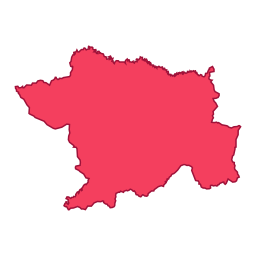 Ango, Orientale, Democratic Republic of the Congo
{"feature_id": "63176286B24678106401017", "entity_name": "Ango", "entity_type": "district", "adm_level": 2, "iso_a3": "COD", "parent_name": "Democratic Republic of the Congo", "parent_adm1": "Orientale", "projection": "orthographic", "projection_center": [26.048, 4.445], "detail": "fine", "context": "isolated", "style": "filled", "palette": "rose", "viewbox_px": 256, "rotation_deg": 0, "n_neighbors": 0, "source": "geoboundaries", "source_scale": "gbopen_adm2", "svg_char_len": 5695}
<svg xmlns="http://www.w3.org/2000/svg" viewBox="0 0 256 256"><path d="M212.5,66.5L209.4,68.1L209.2,68.7L209.5,69.2L208.6,69.9L207.4,72.8L206.9,73.4L205.6,73.4L205.1,75.8L204.0,76.8L202.6,76.4L201.9,75.9L201.7,75.0L200.5,74.6L199.6,75.6L198.4,75.5L198.1,74.7L197.2,74.3L197.1,73.5L196.3,73.2L196.8,72.7L196.6,72.3L195.2,72.3L195.3,70.9L193.7,71.3L193.4,70.8L191.9,71.6L191.3,71.1L190.9,71.8L190.0,70.9L189.9,71.7L188.8,72.1L188.3,72.2L188.1,71.4L187.5,71.4L187.4,72.5L186.5,73.1L185.2,73.2L184.8,72.4L184.0,72.1L183.7,72.7L182.8,72.8L183.3,73.8L182.9,74.3L182.3,73.9L182.3,72.9L181.7,72.8L182.1,72.1L180.6,72.7L180.1,73.4L179.5,72.6L179.0,73.1L178.3,72.8L178.2,74.3L177.3,74.3L176.7,73.2L176.1,74.2L176.5,74.7L175.3,75.8L175.4,73.9L174.7,74.0L174.1,76.0L173.1,75.4L172.6,76.0L171.7,75.0L170.7,75.8L170.3,75.3L170.4,74.5L169.9,74.7L169.2,74.3L168.6,74.7L167.9,74.1L167.7,73.5L168.5,73.1L168.2,71.5L166.6,71.9L166.7,69.9L165.2,70.0L165.1,69.2L164.1,69.1L164.3,68.3L163.6,68.3L163.1,69.3L162.3,68.3L162.3,67.0L160.2,67.4L158.9,66.3L158.1,67.0L156.9,66.9L156.8,68.0L155.8,66.5L155.3,67.5L154.7,67.6L154.0,65.8L153.0,66.3L153.2,65.1L150.5,64.9L151.0,63.7L150.5,62.6L149.8,62.8L149.5,63.9L148.6,62.6L149.0,61.7L147.8,61.8L147.6,63.0L146.6,61.7L147.4,61.2L146.5,59.2L145.8,59.5L145.0,60.9L144.5,60.7L145.1,60.1L144.7,58.8L143.1,59.9L142.3,59.7L142.4,57.4L141.2,57.4L140.3,56.9L140.1,58.0L138.6,59.8L137.4,59.1L136.5,59.1L136.3,59.5L137.2,60.2L137.1,61.7L135.1,61.3L134.4,63.0L133.2,62.3L133.1,61.3L131.8,62.2L129.4,61.7L129.3,60.0L128.6,59.8L127.8,60.7L127.2,59.0L125.6,60.4L125.1,62.1L125.4,63.2L124.2,62.0L119.4,62.0L118.4,60.8L116.5,60.7L115.3,61.4L114.3,63.6L113.3,62.5L113.0,60.9L112.0,61.1L112.9,58.4L110.3,59.2L111.3,57.8L110.5,56.1L108.6,56.9L109.9,57.3L109.7,58.0L108.7,58.8L106.8,59.2L106.0,56.8L104.3,56.6L103.3,54.0L100.8,53.3L100.3,52.7L99.1,53.2L99.3,51.9L99.0,51.3L97.8,51.4L97.1,52.3L97.3,53.5L96.5,53.4L95.9,51.9L94.0,51.8L95.0,50.8L96.0,50.5L95.8,49.6L93.6,49.8L92.8,49.0L92.8,47.7L92.3,47.2L90.0,47.1L88.8,46.3L88.3,47.1L89.6,48.7L89.3,49.0L87.7,49.1L86.2,49.9L85.0,48.2L84.1,48.0L83.2,49.6L81.8,49.5L80.6,50.2L79.1,51.9L77.9,51.9L76.9,50.0L76.1,51.8L73.8,52.4L73.9,53.3L75.0,53.0L75.2,53.7L74.4,54.8L72.9,54.9L71.7,57.2L71.0,61.5L69.8,62.8L70.7,66.2L71.5,66.7L72.5,66.4L72.7,66.8L72.3,69.9L70.5,72.7L70.5,75.3L69.5,76.6L63.4,77.6L62.0,78.5L59.4,78.3L58.8,79.3L57.8,79.5L56.4,78.4L56.1,77.4L55.3,77.3L54.7,78.8L53.5,80.0L51.5,80.8L49.6,85.2L46.0,82.7L43.9,82.5L42.8,80.7L40.5,80.3L37.9,80.9L36.2,83.1L32.5,83.1L31.4,85.2L26.6,85.0L23.9,87.8L22.9,87.7L22.6,86.4L21.1,87.6L19.0,87.9L17.8,86.3L15.4,86.6L15.6,88.5L16.5,89.5L16.5,91.1L18.6,92.3L18.4,93.3L19.6,94.6L20.8,97.4L23.8,99.2L27.0,104.9L29.4,107.6L29.0,113.4L29.7,114.0L33.8,116.0L35.2,117.5L44.1,121.2L47.0,124.6L53.3,128.3L55.3,128.9L61.8,127.2L66.8,124.1L69.5,124.5L69.2,129.7L69.8,133.0L68.7,136.1L68.4,139.8L69.6,142.3L73.6,145.4L74.1,146.2L73.5,147.1L76.1,147.3L77.0,148.6L77.5,156.7L80.1,160.1L80.4,162.2L80.1,165.3L76.0,166.1L75.4,167.1L75.6,168.8L78.9,170.4L79.9,171.5L83.7,174.0L86.0,177.9L89.0,178.5L88.1,180.2L88.1,182.2L86.1,184.6L85.3,184.1L83.7,185.3L82.6,187.4L81.5,188.6L82.0,189.2L82.1,190.2L81.5,190.6L80.8,189.5L80.3,189.4L79.4,190.4L79.3,192.0L78.7,193.2L78.1,191.8L77.3,192.1L75.7,194.5L75.9,195.4L75.1,196.7L73.7,196.4L73.2,197.4L71.7,197.4L70.8,198.4L68.6,197.0L67.0,196.9L66.1,198.6L68.2,199.5L68.1,201.5L68.8,203.0L68.1,204.3L67.1,203.5L66.5,201.9L66.0,201.9L66.0,202.7L65.0,203.4L64.0,205.7L65.4,206.7L66.6,206.6L68.4,209.7L69.1,209.7L70.6,208.2L73.4,208.0L77.6,206.5L80.1,207.6L81.4,209.0L83.1,208.9L85.4,209.6L87.7,206.1L91.4,206.1L94.1,202.9L97.4,201.5L100.8,201.7L102.8,200.9L103.6,201.3L103.6,202.5L105.5,203.9L107.3,204.3L108.0,205.7L109.2,206.1L110.2,207.7L112.2,207.5L114.0,206.7L114.7,205.7L114.9,203.0L115.7,200.7L115.0,199.0L115.9,196.8L115.6,195.9L116.0,193.4L118.5,192.2L119.7,192.3L120.5,191.2L123.5,192.3L124.0,191.2L126.5,190.3L127.3,190.8L128.9,190.3L130.2,189.2L131.6,189.7L133.3,191.3L134.3,190.9L135.7,192.8L135.7,193.7L136.3,194.7L137.7,194.8L139.1,196.3L140.8,196.8L142.6,194.8L143.3,194.9L144.6,195.9L146.8,196.2L147.8,195.5L148.2,193.6L151.4,191.0L153.8,190.9L154.3,189.6L158.4,186.6L161.3,185.7L163.5,186.4L163.7,185.1L166.0,182.7L165.3,181.8L165.5,181.5L165.9,181.4L165.8,182.1L166.3,181.9L167.7,179.3L167.2,179.1L166.7,179.9L167.2,178.9L168.6,179.0L169.3,177.2L171.0,176.0L171.5,174.7L172.5,173.9L173.6,173.7L175.3,172.4L177.7,170.0L180.8,165.7L183.6,164.6L185.0,164.6L186.8,165.4L188.9,165.3L191.6,166.7L192.4,167.9L191.7,170.4L195.6,180.5L198.3,181.0L199.1,182.5L198.9,184.0L200.4,184.2L201.3,187.0L203.1,188.0L205.0,188.1L206.7,188.9L209.4,188.7L210.6,188.0L210.4,185.8L210.9,185.3L212.2,185.3L213.3,185.9L215.4,185.5L216.8,186.0L217.7,185.6L217.9,184.8L219.1,184.5L219.6,183.5L223.0,182.1L223.8,182.1L224.1,183.3L225.2,184.3L226.2,183.4L228.1,179.0L232.7,182.1L235.1,181.8L236.5,180.8L237.4,177.9L239.2,177.1L238.6,175.4L237.6,174.1L237.4,172.1L234.8,169.4L234.5,167.7L235.0,165.7L234.2,164.0L234.3,162.5L232.6,161.9L231.7,159.8L232.5,156.1L233.7,154.9L235.0,149.0L234.9,147.4L236.0,147.1L236.0,139.5L238.1,134.8L238.2,130.3L240.6,126.7L239.5,125.7L238.7,125.7L237.3,126.5L233.9,126.8L231.4,128.0L228.6,127.1L227.7,126.1L226.6,125.7L221.9,124.8L218.6,122.6L217.8,123.0L216.6,122.2L214.1,122.6L211.6,122.3L212.5,119.1L213.4,117.8L212.4,115.8L213.5,114.2L213.1,111.4L217.5,106.4L215.6,102.8L214.1,101.3L213.1,98.5L216.0,98.3L218.1,97.4L219.1,95.6L219.1,93.8L215.0,91.6L214.1,89.8L213.5,85.2L210.8,81.9L212.1,80.2L210.5,80.0L208.9,78.8L209.1,76.8L209.9,76.0L209.5,72.7L210.2,72.2L214.0,71.5L214.0,69.2L212.5,66.5Z" fill="#f43f5e" stroke="#9f1239" stroke-width="1.5"/></svg>